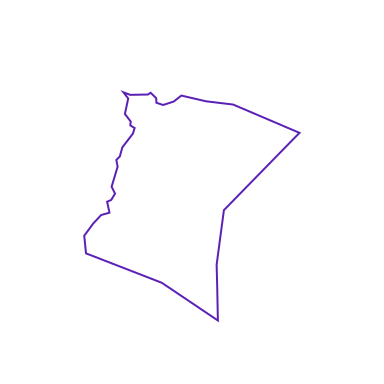 the district of Lee, Texas, United States of America, rotated 236°
{"feature_id": "52423323B12429161322070", "entity_name": "Lee", "entity_type": "district", "adm_level": 2, "iso_a3": "USA", "parent_name": "United States of America", "parent_adm1": "Texas", "projection": "equal_earth", "projection_center": [-96.865, 30.295], "detail": "fine", "context": "isolated", "style": "outline", "palette": "violet", "viewbox_px": 384, "rotation_deg": 236, "n_neighbors": 0, "source": "geoboundaries", "source_scale": "gbopen_adm2", "svg_char_len": 629}
<svg xmlns="http://www.w3.org/2000/svg" viewBox="0 0 384 384"><g transform="rotate(236 192 192)"><path d="M179.1,305.1L180.9,314.2L241.5,275.0L259.4,254.3L277.9,237.1L277.2,227.5L280.3,216.7L285.9,212.4L289.8,214.8L297.4,213.2L297.5,209.9L307.1,195.1L313.0,190.9L305.2,191.4L294.2,180.0L284.7,180.6L281.7,178.1L277.1,180.2L273.5,175.8L268.0,159.3L261.8,152.0L260.9,147.2L254.6,144.5L241.3,128.3L233.7,127.3L230.6,120.6L231.4,116.2L221.0,112.0L223.7,103.8L221.1,92.5L216.0,78.2L200.4,69.8L133.6,116.2L71.0,141.6L99.8,160.2L118.0,171.8L132.2,184.4L159.1,208.3L179.1,305.1Z" fill="none" stroke="#5b21b6" stroke-width="2"/></g></svg>